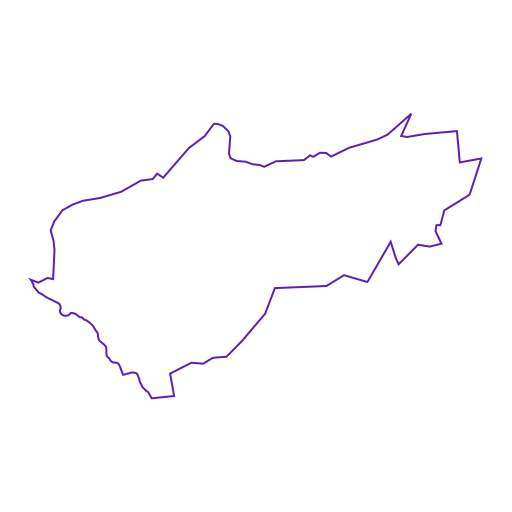 Artashat, Ararat, Armenia
{"feature_id": "60910142B11661683743390", "entity_name": "Artashat", "entity_type": "district", "adm_level": 2, "iso_a3": "ARM", "parent_name": "Armenia", "parent_adm1": "Ararat", "projection": "mercator", "projection_center": [44.574, 40.021], "detail": "fine", "context": "isolated", "style": "outline", "palette": "violet", "viewbox_px": 512, "rotation_deg": 0, "n_neighbors": 0, "source": "geoboundaries", "source_scale": "gbopen_adm2", "svg_char_len": 1964}
<svg xmlns="http://www.w3.org/2000/svg" viewBox="0 0 512 512"><path d="M213.8,123.9L204.7,136.1L188.7,148.2L163.2,177.7L157.2,173.6L152.7,179.1L140.8,180.6L120.9,191.9L114.9,193.6L100.1,198.0L82.7,200.8L72.6,204.6L62.5,210.2L54.3,221.3L50.7,230.5L53.5,240.7L54.5,249.9L53.1,279.1L47.5,278.0L38.4,282.6L30.7,279.7L31.7,281.1L32.2,282.2L32.5,283.0L33.3,283.7L33.5,285.7L34.1,287.2L35.4,288.5L36.7,290.3L37.7,291.2L38.5,292.5L40.3,293.4L41.9,294.2L43.3,295.1L45.5,296.7L48.5,298.4L51.0,299.5L59.0,303.6L59.6,304.2L60.4,306.1L60.6,308.6L59.8,310.8L60.3,312.7L61.6,314.4L63.6,315.6L65.9,315.8L68.3,315.3L69.9,314.1L70.3,313.7L71.0,312.9L73.5,313.2L75.7,313.9L78.2,315.9L79.7,317.2L81.9,317.4L83.1,318.6L83.8,319.2L84.3,319.6L86.1,320.2L89.1,322.2L91.1,324.0L92.7,325.6L94.6,328.4L95.7,330.4L97.1,332.1L97.8,333.5L97.9,335.6L98.3,338.1L99.0,340.0L100.0,341.3L102.2,343.0L104.0,344.5L106.0,346.7L106.4,349.4L106.4,351.7L106.4,353.8L106.8,356.0L107.4,356.9L109.1,358.2L110.4,360.4L112.1,362.0L114.2,362.7L117.0,362.7L118.6,364.0L120.2,367.0L121.3,370.2L122.5,373.4L123.0,374.7L124.6,374.6L126.3,373.9L128.6,373.5L130.2,372.9L130.8,372.7L133.7,372.5L136.6,373.4L137.9,375.6L138.1,376.1L139.3,379.3L139.7,381.5L141.2,384.2L142.5,387.3L144.4,389.0L146.1,390.8L147.9,391.8L151.8,398.3L174.1,396.0L170.1,373.6L191.5,362.7L203.1,363.7L212.9,357.8L226.5,356.7L242.0,341.0L265.2,313.6L274.9,288.1L326.5,286.0L344.0,275.2L367.4,282.0L390.7,241.8L395.6,257.5L398.6,264.3L418.0,244.7L429.7,246.6L441.4,243.7L435.5,231.0L436.5,225.1L440.4,225.1L444.3,210.4L469.6,194.7L481.3,158.5L459.8,162.4L456.9,131.1L424.7,134.0L407.1,137.0L401.2,136.0L411.3,113.7L391.8,130.9L387.3,134.8L377.3,139.5L349.0,147.8L331.0,156.6L326.2,153.0L319.8,152.8L313.2,156.8L310.0,155.3L304.0,160.1L275.9,161.3L264.2,166.8L259.7,165.0L252.7,164.3L245.6,161.7L236.5,161.0L230.7,158.3L229.0,153.6L230.3,136.4L228.3,131.3L222.9,125.9L217.5,123.9L213.8,123.9Z" fill="none" stroke="#5b21b6" stroke-width="2"/></svg>